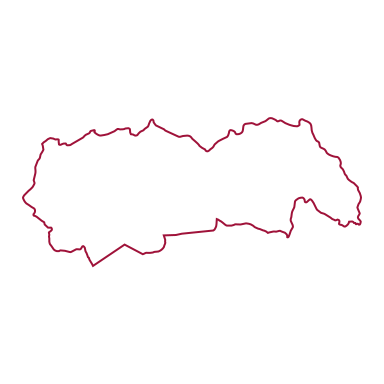 the district of Nuevo Celilac, Santa Bárbara, Honduras
{"feature_id": "27666195B84873430448704", "entity_name": "Nuevo Celilac", "entity_type": "district", "adm_level": 2, "iso_a3": "HND", "parent_name": "Honduras", "parent_adm1": "Santa Bárbara", "projection": "mercator", "projection_center": [-88.362, 14.974], "detail": "fine", "context": "isolated", "style": "outline", "palette": "rose", "viewbox_px": 384, "rotation_deg": 0, "n_neighbors": 0, "source": "geoboundaries", "source_scale": "gbopen_adm2", "svg_char_len": 5970}
<svg xmlns="http://www.w3.org/2000/svg" viewBox="0 0 384 384"><path d="M357.9,187.4L356.9,186.2L353.6,182.9L352.4,182.4L351.0,181.5L348.9,179.9L347.8,178.8L346.3,175.6L345.3,174.7L344.7,173.7L344.0,171.6L343.0,169.6L342.5,168.9L341.2,167.7L340.5,166.7L340.3,165.5L340.8,163.8L340.8,162.8L340.7,162.0L340.1,160.2L338.6,157.8L337.9,157.3L337.3,157.0L335.3,156.8L333.2,156.3L330.7,155.4L329.0,154.6L327.7,153.7L326.8,152.9L325.7,150.8L324.7,149.5L323.6,148.8L321.1,147.7L320.3,147.1L319.8,146.1L319.1,142.6L318.4,141.8L316.7,140.9L315.9,140.0L314.7,137.9L313.3,134.6L312.4,132.8L311.7,130.2L311.5,127.8L311.2,125.6L310.9,124.8L310.7,124.2L309.7,123.0L308.4,122.1L307.3,121.5L305.2,120.7L302.6,119.3L302.0,119.2L301.2,119.4L300.5,119.8L300.0,120.3L299.5,121.1L299.3,122.1L299.5,124.9L299.1,125.3L298.2,125.9L297.1,126.3L293.7,126.0L291.4,125.4L289.4,124.8L285.3,123.1L282.0,121.0L280.9,120.5L280.0,120.5L278.5,121.2L277.4,121.3L276.9,121.0L275.7,120.0L273.9,119.1L272.1,118.3L270.8,118.1L269.7,118.2L268.8,118.5L266.3,120.5L265.3,121.2L261.1,122.9L258.8,124.3L257.7,124.7L256.7,124.8L255.8,124.7L253.3,123.5L251.6,123.1L245.4,123.9L244.5,124.4L243.6,125.5L243.3,126.8L243.0,129.4L242.7,131.0L242.1,132.2L241.2,133.0L240.2,133.6L238.8,134.1L237.5,134.2L236.5,134.2L235.7,133.7L234.9,132.0L234.1,131.3L232.7,130.6L231.7,130.3L230.7,130.1L230.0,130.3L229.6,130.7L229.2,131.4L228.9,133.1L228.1,135.5L227.2,136.8L226.7,137.1L223.0,138.8L219.3,140.7L218.1,141.4L214.8,144.3L214.3,145.0L213.4,146.7L212.4,147.8L210.1,149.5L209.4,150.3L208.3,151.0L207.7,151.3L206.6,151.2L206.2,151.0L205.6,150.5L205.1,149.5L202.0,147.8L199.5,145.9L198.8,144.8L197.6,143.5L195.2,141.3L192.3,138.8L191.1,137.2L190.2,136.4L188.8,135.8L187.2,135.6L183.0,136.0L180.1,136.8L179.2,136.8L178.6,136.7L166.0,130.9L165.1,130.4L164.0,129.3L155.9,125.4L154.8,124.0L153.7,122.4L153.6,121.9L153.5,120.9L153.2,120.2L152.6,119.6L152.1,119.5L151.2,119.9L150.3,120.9L149.1,123.6L148.4,125.7L147.8,126.7L144.7,128.9L143.4,130.3L140.4,131.7L138.7,133.3L137.4,135.0L136.9,135.3L136.2,135.5L135.2,135.6L134.3,135.2L133.0,134.5L130.9,134.2L130.2,132.5L129.9,129.2L129.3,128.6L128.3,128.2L125.4,128.5L124.1,129.1L122.5,129.3L120.0,129.4L118.5,129.0L117.5,129.0L116.3,129.8L114.5,131.2L107.8,134.2L104.3,135.0L101.1,135.5L99.8,135.5L98.8,135.2L97.6,134.6L96.3,133.8L94.9,132.7L94.4,132.1L94.4,131.8L94.7,131.4L94.8,131.1L94.7,130.5L94.5,130.2L93.8,130.2L91.4,130.8L90.8,131.0L90.4,131.3L90.1,131.8L89.8,132.6L89.1,133.3L88.3,133.7L86.0,134.7L84.6,135.8L83.3,137.3L82.6,137.8L71.9,144.0L70.7,144.8L70.0,145.1L67.7,145.3L67.0,145.2L66.5,144.8L65.9,143.7L65.7,143.5L63.5,143.6L62.1,144.1L60.6,144.8L59.9,144.8L59.4,144.7L59.0,144.4L58.9,143.5L58.7,142.0L58.7,139.8L58.6,139.6L58.2,139.4L57.1,139.3L55.6,139.5L54.4,139.1L53.4,138.6L50.4,138.1L49.7,138.3L47.8,139.2L45.7,141.0L43.6,142.4L42.1,144.0L42.5,144.9L42.8,145.9L43.4,149.7L42.5,151.5L40.6,154.5L39.9,157.8L39.3,158.9L38.1,160.2L37.7,160.8L35.3,167.1L35.3,168.4L35.5,170.7L35.5,172.2L35.3,173.6L33.7,180.2L34.5,182.8L34.5,183.4L34.2,184.2L33.0,186.4L32.4,187.3L30.4,189.3L28.6,190.8L24.1,195.4L23.3,196.8L23.0,197.8L23.3,198.8L24.2,200.7L25.2,202.2L26.3,203.4L28.8,205.0L31.6,207.0L34.0,208.4L34.6,209.1L35.0,210.1L35.0,211.4L34.8,212.3L33.7,214.2L33.5,214.3L33.5,215.1L33.8,215.6L35.2,216.0L36.7,216.8L41.6,220.7L44.2,222.3L44.7,224.5L48.0,227.6L49.5,227.7L50.9,227.6L51.2,227.7L51.6,228.2L51.9,229.1L51.8,229.9L50.6,231.2L49.1,232.2L48.9,232.6L49.3,234.8L49.0,236.6L49.3,238.4L49.3,241.6L49.6,243.1L50.0,244.2L51.2,245.7L53.8,249.5L55.3,250.6L56.8,251.1L59.0,251.1L60.1,250.5L60.6,250.4L64.9,250.8L69.6,252.0L70.7,252.1L71.6,251.7L76.2,249.3L76.9,249.2L79.8,249.4L80.2,249.3L80.8,248.9L81.2,248.3L82.3,246.5L82.9,246.2L83.4,246.2L84.1,246.8L84.8,247.8L85.5,251.2L85.9,252.0L86.5,253.0L87.3,255.1L88.0,257.2L88.2,257.4L88.8,257.7L89.5,259.8L92.1,264.1L93.0,265.9L124.6,244.6L142.8,254.2L144.1,253.7L145.5,253.0L146.2,252.8L149.6,252.9L150.7,252.8L152.9,252.5L154.3,251.9L158.4,251.5L159.9,250.8L161.0,250.1L161.9,249.4L163.0,248.3L163.9,247.0L164.4,245.3L165.1,243.6L165.3,242.6L165.1,242.0L165.2,239.8L163.8,235.4L175.9,235.0L181.9,233.7L213.3,230.5L214.4,229.7L215.0,228.8L215.9,227.0L216.2,226.1L216.5,224.0L216.8,219.1L218.3,219.7L219.7,220.7L220.6,221.1L222.4,222.4L225.3,224.8L226.1,225.3L226.9,225.6L231.5,225.6L233.7,225.0L235.2,224.3L240.5,224.5L245.8,223.4L246.5,223.4L248.9,223.8L250.8,224.4L253.1,225.7L254.6,227.0L255.1,227.3L258.2,228.7L259.7,229.0L263.1,230.4L264.4,230.7L266.3,231.6L267.9,232.9L268.9,232.5L273.5,231.5L274.9,231.5L276.0,231.7L279.2,230.9L280.0,230.8L282.3,231.8L284.9,232.7L286.3,234.0L286.7,234.4L287.2,235.5L287.3,237.2L287.6,237.3L287.9,237.3L288.4,237.0L288.9,236.1L289.7,234.0L290.8,230.7L292.3,228.2L292.9,227.0L292.9,226.2L292.6,224.9L290.9,221.2L290.7,220.4L290.7,219.6L290.8,218.7L291.3,217.2L291.8,213.4L292.1,212.0L292.6,210.7L293.8,208.3L294.3,207.1L295.0,201.6L295.3,200.9L295.8,200.3L297.8,198.8L299.1,198.1L300.9,197.7L302.4,197.6L303.1,197.9L303.6,198.3L304.5,199.5L304.9,201.8L305.2,202.1L305.7,202.3L306.3,202.3L306.9,202.0L309.2,199.9L309.8,199.4L310.4,199.3L311.0,199.6L312.0,200.6L313.6,203.0L316.5,208.9L317.2,209.9L321.0,212.8L324.0,213.7L325.0,214.2L330.5,217.6L332.2,219.0L334.6,220.0L335.0,220.3L335.9,220.3L337.5,219.6L338.7,220.0L339.1,220.4L339.4,221.0L339.4,222.0L339.0,223.8L339.2,224.2L339.7,224.5L340.6,224.8L341.6,224.9L342.8,225.6L344.2,226.5L345.2,226.5L346.4,225.8L347.9,224.4L348.6,223.3L349.1,221.7L352.0,221.5L352.5,221.6L353.1,221.9L353.7,222.5L353.9,222.9L355.3,223.0L355.7,223.9L355.9,224.1L356.5,224.1L357.0,223.8L357.7,223.8L358.2,224.0L358.8,224.6L359.6,224.6L360.0,224.2L360.3,223.6L360.6,222.5L360.7,221.5L360.2,220.7L358.3,218.6L358.0,217.8L357.9,217.2L358.2,216.2L359.4,214.3L359.7,213.3L357.7,208.5L357.4,207.4L358.5,204.2L359.9,202.0L360.2,201.3L360.8,198.9L361.0,197.5L360.7,195.9L359.8,193.1L358.1,190.0L357.8,188.3L357.9,187.4Z" fill="none" stroke="#9f1239" stroke-width="2"/></svg>